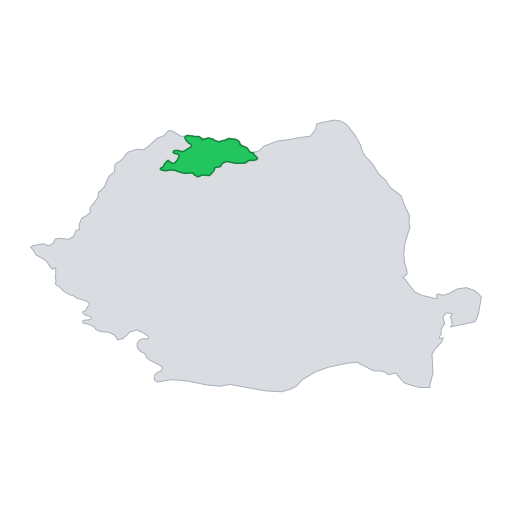 Maramures highlighted on a map of Romania
{"feature_id": "ROU-298", "entity_name": "Maramures", "entity_type": "County", "adm_level": 1, "iso_a3": "ROU", "parent_name": "Romania", "parent_adm1": "", "projection": "robinson", "projection_center": [23.844, 47.655], "detail": "fine", "context": "in_parent", "style": "filled", "palette": "green", "viewbox_px": 512, "rotation_deg": 0, "n_neighbors": 0, "source": "natural_earth", "source_scale": "10m", "svg_char_len": 5395}
<svg xmlns="http://www.w3.org/2000/svg" viewBox="0 0 512 512"><path d="M409.8,285.9L414.9,292.0L421.4,295.2L436.2,298.7L437.5,298.3L437.7,297.6L436.6,296.7L436.4,295.6L437.1,294.2L439.1,294.1L442.5,295.4L448.8,293.6L458.0,288.7L466.6,287.7L474.5,290.6L478.6,294.0L481.3,297.1L480.6,301.1L480.2,303.5L478.4,313.7L477.1,317.5L474.9,321.8L450.7,326.9L452.2,324.4L451.5,320.1L450.4,316.9L452.6,313.9L447.1,312.9L444.7,314.5L442.9,317.3L444.7,323.8L442.2,327.4L441.2,329.4L441.2,334.1L439.6,336.2L439.4,338.4L443.2,337.8L441.6,341.9L434.5,349.8L432.0,354.5L433.0,373.1L430.0,384.2L429.8,387.5L422.0,387.6L419.7,387.4L412.3,385.7L404.0,382.7L399.0,377.0L395.8,372.9L388.8,374.7L387.5,374.2L385.5,372.3L380.2,370.9L373.7,370.9L359.0,363.4L357.3,362.1L345.9,363.4L328.7,367.1L315.6,371.7L302.1,379.8L296.7,386.0L290.3,389.3L281.2,391.8L265.0,390.8L248.0,387.7L229.9,384.4L220.1,386.2L206.8,384.9L186.8,380.9L171.9,379.6L157.2,382.0L154.7,380.2L154.2,378.1L154.7,375.2L156.8,372.9L160.4,371.1L162.3,369.3L162.5,367.5L158.5,364.5L150.3,360.5L147.0,357.9L146.2,357.3L146.0,355.0L144.3,353.2L141.1,351.9L138.7,349.6L137.0,346.1L137.3,342.9L139.8,339.9L143.0,338.6L146.9,339.0L148.5,338.1L147.9,336.0L144.1,333.3L137.2,330.0L130.2,331.8L122.9,338.7L117.8,339.8L114.6,335.1L109.0,332.4L100.9,331.5L96.0,329.7L94.1,327.0L90.6,325.0L82.8,322.8L82.8,320.7L84.0,320.2L86.8,320.0L90.5,319.6L91.1,318.4L91.2,317.3L88.3,315.9L85.3,315.0L83.8,314.0L82.8,313.0L82.6,311.9L83.5,311.2L84.7,311.1L85.9,310.5L86.6,308.0L88.2,306.0L89.3,305.2L89.3,303.7L88.1,302.3L86.5,301.1L84.1,300.4L76.8,298.2L73.0,295.3L70.8,295.2L67.2,293.5L63.3,290.9L60.0,287.3L56.3,284.9L55.4,283.9L55.3,283.0L56.0,282.0L56.0,280.8L55.1,277.3L55.8,273.5L55.7,269.9L55.7,268.3L55.0,267.8L54.3,268.3L53.4,269.0L52.5,269.1L49.9,266.5L46.6,261.2L44.3,259.5L39.9,257.0L36.1,255.0L33.5,250.6L30.7,247.2L32.6,245.7L43.4,243.7L48.4,245.7L50.6,245.0L52.9,243.4L54.1,242.1L54.3,240.7L55.4,239.0L59.1,238.3L68.7,239.3L72.6,236.9L74.1,235.6L75.0,232.8L76.0,230.5L79.5,229.3L79.5,227.2L79.0,224.9L81.0,219.8L82.3,217.7L84.2,217.0L86.6,215.4L90.7,212.1L89.8,209.2L90.6,207.0L94.9,201.8L98.2,196.8L98.2,194.3L98.7,192.1L101.6,189.7L104.6,186.5L108.7,176.7L110.1,175.1L112.7,173.2L114.6,171.3L114.9,164.9L116.7,163.0L120.2,161.0L123.7,157.6L126.5,153.6L128.7,151.8L131.6,151.3L134.7,149.7L138.1,149.1L141.5,149.9L143.6,149.5L146.9,147.6L155.1,140.3L156.3,138.9L158.0,137.9L164.6,135.4L166.3,132.9L168.6,130.6L171.6,130.8L181.2,136.3L191.5,136.0L193.4,136.2L194.0,136.3L195.3,136.8L209.0,139.5L211.2,139.2L211.8,139.0L217.3,141.3L222.2,141.0L226.8,139.4L231.7,138.9L236.1,139.8L239.5,143.0L248.3,149.8L250.9,152.4L254.9,152.0L259.4,150.7L263.9,146.2L277.6,141.0L288.2,139.7L298.4,137.7L310.3,136.2L313.7,132.0L315.6,129.1L316.9,123.8L323.3,122.2L329.3,121.1L331.5,120.4L335.9,120.2L339.4,120.7L344.8,123.3L348.5,126.6L350.1,129.2L353.3,132.9L356.8,138.1L360.6,145.1L361.4,148.6L362.9,152.4L365.8,157.0L371.1,162.1L371.9,163.0L374.3,166.6L379.1,174.6L383.1,177.8L386.5,181.2L388.2,184.7L390.7,187.9L396.4,192.1L401.1,195.9L405.1,206.9L407.8,211.9L409.5,215.8L408.9,223.6L410.0,227.0L408.0,233.1L404.5,245.4L403.7,255.2L404.5,260.4L404.7,263.8L405.7,266.0L406.8,270.4L407.0,274.3L405.7,275.4L403.8,276.4L403.0,277.2L404.8,278.9L407.3,282.2L409.8,285.9Z" fill="#d9dde1" stroke="#a8b0b8" stroke-width="1"/><path d="M188.5,135.4L189.3,135.7L192.4,136.0L194.3,136.5L195.4,136.6L198.6,136.5L199.4,136.8L201.8,138.7L202.2,139.6L203.2,139.6L207.9,138.0L209.4,138.0L210.1,138.5L212.5,139.0L213.4,139.4L215.1,140.8L215.9,140.9L216.0,140.9L218.8,141.8L219.8,141.8L222.9,140.5L225.2,140.4L227.1,139.1L228.1,138.6L229.0,138.5L231.7,139.1L234.4,139.1L235.3,139.3L235.7,139.4L237.5,140.3L238.7,141.2L239.4,141.9L239.7,142.9L239.8,143.6L240.0,144.4L240.8,145.2L242.4,146.0L246.2,147.3L246.9,147.8L247.5,148.5L249.1,150.9L250.2,152.3L251.1,152.8L252.6,152.6L253.2,152.5L253.8,154.1L255.0,155.6L257.0,157.4L257.4,158.0L257.5,158.6L257.1,159.1L256.7,159.5L253.9,160.4L249.9,160.3L248.3,160.8L246.4,162.3L245.7,162.8L244.7,163.1L235.8,163.3L227.0,161.5L226.2,161.7L222.9,163.0L222.3,163.4L221.9,164.0L221.0,165.8L220.5,166.3L219.6,166.8L215.6,167.5L214.9,167.7L214.7,168.1L214.6,168.4L214.5,169.3L214.3,169.9L214.0,170.4L211.1,174.0L209.3,175.5L201.5,175.0L200.2,176.0L199.0,176.5L198.5,176.7L197.8,176.7L197.2,176.6L196.6,176.2L196.2,175.9L195.8,175.5L195.2,175.3L194.3,174.9L193.8,174.4L193.6,173.9L193.5,173.5L192.8,173.2L191.7,173.0L184.5,173.3L183.4,173.1L177.6,171.4L175.7,170.6L174.7,170.3L173.5,170.1L168.5,170.1L166.2,170.8L161.9,170.1L161.1,169.8L160.4,169.3L160.3,168.9L160.5,168.5L160.8,168.1L162.6,167.2L163.0,166.8L163.4,166.4L163.6,166.0L163.8,165.5L164.0,164.9L164.3,164.2L164.7,163.7L167.5,160.7L167.9,160.4L168.3,160.4L168.7,160.7L169.5,161.5L170.0,161.9L172.2,163.1L172.9,163.4L173.7,163.4L174.6,163.0L175.3,162.3L176.2,161.2L177.2,160.2L178.0,158.7L178.3,157.9L178.9,156.8L179.1,156.1L178.9,155.3L178.6,154.8L178.1,154.4L177.3,154.1L174.2,153.3L173.6,153.0L173.3,152.6L173.3,152.1L173.5,151.3L174.0,150.8L174.8,150.5L178.1,150.5L179.9,151.0L180.7,151.3L181.5,151.5L182.3,151.5L183.3,151.4L184.5,150.9L191.2,146.6L191.6,145.9L191.6,145.3L191.1,144.6L190.5,144.0L188.9,143.2L188.3,142.7L187.8,142.3L185.6,139.6L184.8,137.3L185.0,137.2L185.2,136.9L185.5,136.6L185.7,136.2L186.2,135.8L186.7,135.7L188.5,135.4Z" fill="#22c55e" stroke="#15803d" stroke-width="1.5"/></svg>